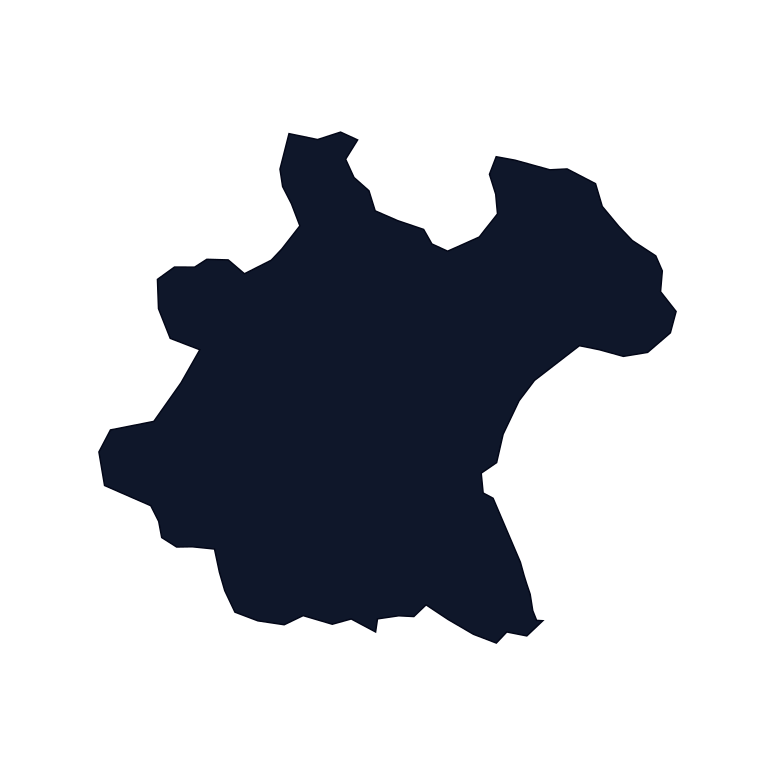 outline of Kukës, Kukës, Albania, rotated 111°
{"feature_id": "67620474B92464717887955", "entity_name": "Kukës", "entity_type": "district", "adm_level": 2, "iso_a3": "ALB", "parent_name": "Albania", "parent_adm1": "Kukës", "projection": "robinson", "projection_center": [20.374, 41.987], "detail": "fine", "context": "isolated", "style": "filled", "palette": "ink", "viewbox_px": 768, "rotation_deg": 111, "n_neighbors": 0, "source": "geoboundaries", "source_scale": "gbopen_adm2", "svg_char_len": 1383}
<svg xmlns="http://www.w3.org/2000/svg" viewBox="0 0 768 768"><g transform="rotate(111 384 384)"><path d="M131.6,360.7L150.4,360.7L166.8,347.7L174.8,343.8L184.5,339.0L193.9,341.9L204.0,345.1L212.6,347.7L225.1,360.1L232.5,367.5L237.2,372.2L236.1,389.5L234.5,391.4L225.5,402.4L226.6,429.8L225.5,454.3L209.0,467.3L202.0,486.0L197.3,490.8L192.3,495.9L187.9,500.4L177.5,498.4L165.6,496.1L164.4,514.8L179.6,533.6L184.3,562.4L220.7,558.1L236.0,549.4L248.9,535.0L266.5,519.2L294.7,527.8L308.8,533.6L331.1,553.8L324.0,573.9L331.1,594.1L342.8,602.7L349.9,621.5L367.5,633.0L394.5,621.5L418.0,599.9L418.0,568.2L455.6,573.9L501.4,585.5L524.9,622.9L549.6,625.8L578.9,608.5L581.2,558.1L593.0,545.1L607.0,536.5L610.5,519.2L604.7,504.8L598.8,483.1L618.7,470.2L634.0,458.6L650.4,441.4L650.3,416.9L644.5,390.9L629.2,376.5L626.8,346.2L615.1,330.4L618.5,303.0L605.6,305.9L595.1,287.2L590.4,272.8L575.1,265.6L580.9,239.6L585.6,210.8L585.6,186.3L571.5,180.5L568.0,160.4L548.1,150.9L550.0,156.8L542.3,163.9L527.9,172.2L519.3,179.3L512.6,184.6L501.5,192.8L451.6,241.2L450.2,252.4L432.4,261.3L417.0,250.7L388.2,254.8L351.2,251.9L326.7,244.8L278.2,215.3L274.8,195.2L272.4,170.4L260.0,149.2L233.6,135.0L211.6,137.3L198.7,158.9L178.7,164.7L167.0,176.2L161.1,203.6L152.9,220.9L140.0,243.9L121.2,258.3L117.6,290.1L124.6,305.9L128.1,341.9L131.6,360.7Z" fill="#0f172a" stroke="#020617" stroke-width="1.5"/></g></svg>